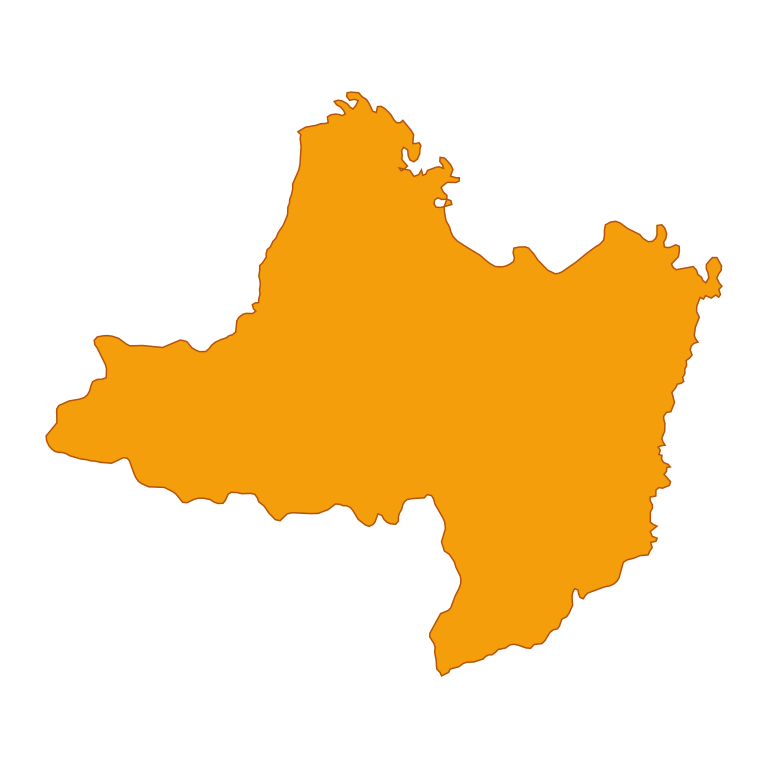 outline of Riachinho, Minas Gerais, Brazil
{"feature_id": "56859067B25318605217705", "entity_name": "Riachinho", "entity_type": "district", "adm_level": 2, "iso_a3": "BRA", "parent_name": "Brazil", "parent_adm1": "Minas Gerais", "projection": "orthographic", "projection_center": [-45.926, -16.273], "detail": "fine", "context": "isolated", "style": "filled", "palette": "amber", "viewbox_px": 768, "rotation_deg": 0, "n_neighbors": 0, "source": "geoboundaries", "source_scale": "gbopen_adm2", "svg_char_len": 6099}
<svg xmlns="http://www.w3.org/2000/svg" viewBox="0 0 768 768"><path d="M404.2,169.1L407.5,166.0L401.8,159.5L402.2,155.2L401.6,150.6L403.7,147.2L407.7,150.1L408.3,156.1L410.0,160.0L413.9,161.8L417.4,159.1L419.7,153.8L419.9,149.0L420.9,145.6L419.1,142.7L416.0,143.5L412.8,143.5L413.6,134.5L411.2,130.5L402.8,120.3L400.2,122.7L396.5,122.7L393.6,119.4L391.1,115.0L388.2,111.8L385.0,108.8L381.3,106.4L377.5,106.6L376.3,112.5L372.8,111.3L369.0,103.3L366.4,99.4L361.9,96.6L358.7,92.8L351.1,92.1L347.1,92.8L346.7,96.4L349.5,100.3L354.6,99.3L358.2,100.6L356.0,105.3L352.9,109.0L350.2,107.2L347.1,103.7L342.4,101.0L338.1,100.2L334.2,101.4L336.5,104.7L340.4,106.9L343.6,110.4L345.2,114.1L342.0,115.6L339.1,114.5L335.5,114.1L331.1,114.7L327.4,116.9L328.2,122.7L325.0,123.5L320.9,123.7L315.8,125.4L305.5,127.2L297.9,131.7L300.8,134.8L300.1,138.4L301.1,146.4L300.0,164.1L298.9,169.8L292.7,183.9L292.7,189.1L291.5,194.4L289.7,199.3L289.4,203.7L287.9,206.9L287.6,214.2L286.2,218.3L283.2,225.3L278.2,232.7L276.0,238.0L272.9,241.4L270.5,246.7L267.2,249.8L266.1,253.6L266.3,257.0L262.6,262.8L259.7,265.6L259.7,270.5L258.8,276.1L259.9,280.1L260.3,284.8L259.5,289.5L260.0,293.9L258.7,299.0L258.6,302.7L255.1,302.9L252.3,304.7L253.5,308.7L255.8,311.1L252.6,313.5L246.0,313.4L242.7,314.4L238.8,317.4L236.8,321.0L235.7,332.0L232.7,334.6L229.1,335.7L225.9,338.0L220.8,339.6L215.7,342.0L212.1,344.7L209.0,348.7L205.7,351.5L199.7,351.7L195.6,350.1L191.7,347.6L186.8,341.6L183.3,340.6L180.1,340.1L162.6,347.5L142.4,345.5L129.9,345.9L126.3,344.0L118.6,338.3L112.1,336.2L107.6,335.6L103.2,335.8L97.3,336.9L94.2,340.3L94.8,344.7L97.3,348.1L105.3,364.3L106.5,368.8L106.2,377.7L101.7,379.3L97.3,379.4L92.7,381.6L90.7,386.5L89.8,390.5L87.4,394.9L84.1,397.6L79.4,399.2L69.3,400.9L59.0,405.4L56.7,409.1L56.9,422.8L46.1,436.0L46.6,440.7L48.8,445.5L51.8,449.1L55.1,451.5L58.8,452.4L62.4,452.5L66.3,453.7L69.6,455.7L80.8,459.0L86.7,459.7L90.6,460.8L95.7,461.2L100.7,462.4L111.6,463.2L123.4,457.7L127.2,458.2L129.5,460.9L134.0,473.5L135.7,477.4L138.4,481.3L142.2,483.9L148.8,486.8L164.2,487.4L167.2,488.8L173.2,491.9L176.2,494.3L182.7,502.3L187.1,502.7L193.9,499.4L198.2,498.2L203.6,498.2L210.3,499.6L214.1,502.1L218.0,503.5L223.0,503.3L225.4,500.3L228.2,494.1L231.3,492.3L236.8,492.5L241.9,493.7L250.7,493.4L254.8,494.3L257.3,497.8L258.6,501.7L264.1,506.0L268.9,513.0L275.2,519.6L280.1,520.7L287.3,513.8L292.4,512.7L311.0,513.6L318.1,513.4L328.2,509.6L335.4,504.0L339.9,504.3L343.2,505.7L346.6,505.7L350.0,507.2L352.7,510.2L358.3,519.5L365.3,524.9L369.2,526.3L372.9,524.6L375.0,522.0L378.0,513.7L381.9,515.5L384.0,519.4L387.2,522.4L390.7,523.8L395.6,524.2L398.4,521.2L398.4,517.0L399.3,513.5L401.7,509.1L402.9,504.5L404.5,501.7L407.2,499.5L411.5,498.7L424.4,497.8L427.2,494.6L431.5,495.6L433.6,499.0L435.0,504.1L442.7,517.5L444.7,521.9L445.4,528.6L441.5,541.9L444.3,550.9L449.3,554.3L454.4,561.9L455.9,567.2L460.3,576.2L460.9,579.6L460.7,583.7L458.9,588.7L455.2,595.9L450.7,608.0L448.1,610.5L440.6,613.6L429.9,633.1L429.7,636.8L434.0,643.6L435.2,647.5L434.6,651.8L436.2,660.4L436.7,669.0L440.1,672.5L441.5,675.9L448.7,672.3L450.1,669.1L458.9,666.7L463.3,663.4L466.8,662.2L473.7,662.0L483.2,659.0L485.6,656.4L488.7,654.9L492.0,654.8L495.2,652.6L498.1,649.5L505.6,648.0L509.7,645.0L513.8,644.2L517.7,645.0L525.9,647.9L530.6,648.3L534.2,644.5L541.8,643.6L544.7,641.0L549.8,632.6L553.2,629.8L557.3,628.9L559.4,626.3L561.8,619.2L566.7,616.7L569.1,613.1L572.6,605.2L572.0,596.8L572.6,592.9L574.6,588.6L578.1,590.1L578.6,594.0L580.1,597.5L583.2,598.8L585.6,595.1L588.1,592.9L604.4,586.9L609.9,585.8L614.1,583.8L617.0,581.1L618.9,578.1L623.3,562.4L626.8,560.0L634.0,558.1L640.1,555.6L648.2,554.9L649.6,551.4L652.2,547.5L650.6,542.4L655.9,541.3L657.1,538.2L652.2,536.3L650.3,531.5L657.0,526.2L653.0,524.3L650.3,522.0L650.4,511.9L652.4,508.3L652.3,504.6L650.2,500.9L650.1,497.1L655.8,496.0L656.0,489.9L658.9,487.6L662.6,488.2L669.4,485.3L670.6,481.8L664.0,474.3L666.5,471.5L666.8,467.4L670.3,466.9L668.1,464.4L663.5,462.4L661.5,459.1L662.0,455.4L658.9,454.5L660.3,450.2L658.1,447.0L661.7,445.6L665.1,445.2L662.9,441.8L661.8,438.3L664.7,431.1L664.9,423.4L663.8,419.5L663.7,416.2L666.5,412.4L670.9,411.7L674.5,402.4L671.9,392.4L675.3,388.3L677.5,384.1L680.8,383.4L683.7,381.5L682.6,377.4L684.9,373.7L684.8,369.4L686.6,365.4L686.2,360.5L689.8,357.9L692.1,354.9L690.2,349.9L691.3,345.9L693.9,343.3L698.0,342.2L695.5,338.7L694.3,335.6L695.3,327.4L699.3,317.2L696.6,311.7L696.8,306.1L700.1,297.4L703.5,299.1L705.6,295.6L711.3,298.1L715.7,295.0L718.7,297.2L720.5,294.5L718.8,289.5L721.9,286.2L719.2,283.0L716.8,278.0L718.8,273.6L721.2,270.4L721.5,265.8L716.9,257.6L712.5,257.5L709.5,260.6L706.4,264.5L706.3,268.8L708.0,272.7L708.8,277.8L705.9,282.8L703.0,280.7L701.5,277.3L697.9,274.5L696.4,270.0L693.2,266.6L676.2,269.7L673.1,267.5L671.5,264.0L678.4,256.7L679.4,251.2L679.2,246.3L675.7,244.8L671.0,247.0L667.9,247.7L664.4,246.9L663.7,242.2L665.7,238.8L666.7,233.8L664.8,228.1L661.8,224.8L657.0,225.5L657.0,234.7L655.6,238.5L652.5,241.3L648.1,241.7L642.9,238.3L639.7,234.5L627.9,228.7L620.0,222.9L615.6,221.3L610.5,222.1L605.4,224.9L604.4,230.6L604.4,236.0L603.5,240.3L599.5,244.6L596.0,246.5L587.3,252.9L575.5,262.5L561.9,271.9L558.7,273.3L555.2,273.8L547.7,270.2L538.0,260.2L533.7,253.9L528.6,248.1L525.3,246.9L519.6,247.0L513.8,248.1L513.1,253.0L514.4,257.8L513.6,261.4L510.2,263.9L506.2,265.9L501.9,266.9L495.4,266.6L490.5,263.9L486.1,260.6L480.3,255.4L465.3,246.3L457.3,241.0L455.0,238.7L452.7,235.9L450.8,231.6L449.6,227.1L446.0,220.6L444.4,211.4L444.2,206.6L440.3,207.5L436.0,207.1L434.1,203.9L434.7,199.9L437.9,197.7L441.8,199.5L446.9,199.2L446.9,195.4L443.4,192.2L441.1,187.6L443.7,185.0L447.4,182.3L455.8,182.5L459.1,181.1L459.3,177.8L455.9,177.7L450.5,176.2L452.9,169.4L450.8,165.0L447.3,160.9L444.6,158.1L440.1,157.3L439.8,161.5L442.6,165.1L443.4,168.3L439.1,166.8L436.0,167.3L427.5,170.4L425.8,174.2L422.7,175.3L421.5,169.9L418.7,174.7L414.0,176.4L409.8,170.3L404.2,169.1ZM404.2,169.1L401.1,170.8L399.2,168.0L404.2,169.1ZM444.2,206.6L451.8,204.5L450.9,200.7L446.9,199.2L444.2,206.6Z" fill="#f59e0b" stroke="#b45309" stroke-width="1.5"/></svg>